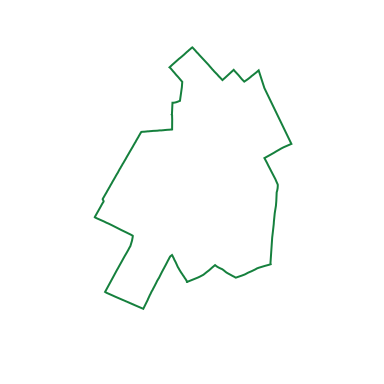 outline of Izvoare, Dolj, Romania, rotated 137°
{"feature_id": "2599482B17685193443553", "entity_name": "Izvoare", "entity_type": "district", "adm_level": 2, "iso_a3": "ROU", "parent_name": "Romania", "parent_adm1": "Dolj", "projection": "natural_earth1", "projection_center": [23.323, 44.156], "detail": "fine", "context": "isolated", "style": "outline", "palette": "green", "viewbox_px": 384, "rotation_deg": 137, "n_neighbors": 0, "source": "geoboundaries", "source_scale": "gbopen_adm2", "svg_char_len": 5791}
<svg xmlns="http://www.w3.org/2000/svg" viewBox="0 0 384 384"><g transform="rotate(137 192 192)"><path d="M262.5,246.7L262.8,245.8L262.9,245.6L263.2,245.3L263.5,245.2L265.5,244.7L266.7,244.3L269.4,243.4L278.5,240.5L280.1,240.0L280.3,239.9L280.2,239.3L279.4,237.3L278.5,235.2L277.6,233.1L276.4,230.3L275.5,227.8L274.7,226.1L273.2,222.2L270.9,215.9L269.6,212.3L267.8,207.7L265.9,202.7L265.2,200.6L265.2,200.3L265.3,200.2L266.5,199.2L269.1,197.3L274.1,194.4L275.6,194.0L278.1,193.1L281.6,192.0L285.0,191.0L288.1,190.0L290.5,189.2L295.8,187.5L297.9,186.8L300.2,186.1L307.0,183.8L323.7,178.2L323.3,176.7L320.7,170.6L319.5,167.7L316.3,160.4L310.6,147.3L307.3,139.8L297.7,143.4L297.4,143.6L297.0,143.8L296.6,143.9L295.7,144.3L295.2,144.5L294.4,144.8L293.1,145.4L292.6,145.5L291.8,145.8L291.4,146.0L290.5,146.3L290.2,146.5L289.8,146.6L289.0,146.9L288.6,147.0L287.8,147.2L286.3,147.8L285.9,147.9L285.6,148.0L285.2,148.2L284.4,148.4L284.0,148.6L283.3,148.8L283.0,148.9L282.3,149.2L281.9,149.3L281.2,149.6L280.9,149.7L280.5,149.8L279.8,150.1L279.5,150.2L278.8,150.5L277.7,150.9L277.3,151.0L276.9,151.1L276.6,151.2L276.3,151.3L275.9,151.4L275.6,151.5L275.3,151.6L275.0,151.6L271.0,153.1L268.6,154.0L268.0,154.2L267.4,154.4L266.8,154.6L266.3,154.8L265.7,155.0L265.0,155.2L264.4,155.4L263.3,155.8L262.1,156.2L261.5,156.4L260.9,156.6L260.4,156.8L259.8,157.0L259.2,157.2L258.1,157.6L256.5,158.2L255.9,158.4L254.9,158.7L254.4,158.9L253.9,159.1L252.3,159.6L252.0,159.7L251.9,159.7L251.7,159.7L251.1,159.7L250.8,159.6L250.6,159.6L250.2,159.6L249.8,159.5L249.6,159.5L249.7,158.8L250.1,157.7L250.4,156.5L251.2,154.2L251.5,153.0L251.8,151.9L252.2,150.7L252.9,148.6L253.3,147.5L253.6,146.5L253.8,145.4L254.3,143.4L254.5,142.4L254.7,141.4L254.9,140.4L255.1,138.8L255.3,137.8L255.4,137.3L255.5,136.7L255.5,136.2L255.6,135.7L255.8,134.7L255.9,134.2L256.0,133.7L256.0,133.2L256.1,132.7L256.2,132.2L256.3,131.7L256.4,131.2L256.4,130.9L256.6,130.3L256.7,130.1L257.0,129.9L257.1,129.7L256.8,129.4L256.5,129.4L255.9,129.2L250.2,127.0L246.0,125.4L243.8,124.7L240.1,123.7L235.8,123.4L233.0,123.1L228.5,123.0L225.0,122.8L224.7,120.9L224.4,119.7L223.8,117.9L223.5,117.2L223.2,116.4L222.7,115.4L222.4,114.2L222.2,113.2L222.1,112.1L222.0,111.6L221.9,110.7L221.7,109.5L221.4,108.6L221.2,107.9L220.1,104.6L219.6,103.0L219.0,101.4L218.7,100.5L218.6,100.0L218.5,99.7L218.4,99.5L214.6,97.8L212.6,96.9L211.6,96.5L210.9,96.2L209.6,95.7L209.0,95.5L207.4,95.1L205.9,94.7L202.3,93.4L198.4,92.2L196.6,91.8L194.9,91.1L189.0,88.2L185.6,86.4L183.7,85.5L183.1,86.5L164.3,104.1L160.4,107.4L157.0,110.3L154.1,112.8L152.3,114.5L145.8,120.2L140.0,124.7L136.5,127.9L130.3,134.0L128.5,135.1L128.1,135.4L127.6,135.8L126.9,136.3L125.7,137.4L125.4,137.7L124.6,138.5L124.2,139.0L123.0,142.5L122.3,144.4L119.7,153.8L119.2,155.5L118.1,159.5L117.3,162.1L115.9,167.4L113.9,166.9L112.7,166.6L109.5,165.8L104.9,164.7L102.8,164.3L99.5,163.5L97.2,163.0L94.4,162.2L91.3,161.1L86.5,159.4L68.2,218.6L60.3,235.5L63.0,235.6L64.6,235.7L65.5,235.8L67.0,235.9L68.2,236.0L69.7,236.2L70.4,236.1L71.2,236.2L72.8,236.3L74.7,236.5L78.5,237.1L78.6,240.6L78.3,245.7L78.3,247.5L78.3,249.1L78.3,251.6L78.2,252.9L89.8,253.0L93.4,253.1L93.4,254.5L93.4,256.8L93.5,257.1L93.4,257.5L93.5,258.1L93.4,259.1L93.5,259.4L93.5,259.6L93.4,259.8L93.4,260.3L93.4,260.8L93.4,261.1L93.4,261.7L93.4,261.9L93.5,262.5L93.4,263.1L93.5,263.9L93.5,264.0L93.5,264.4L93.5,264.6L93.5,265.0L93.5,265.3L93.5,265.6L93.4,266.8L93.5,267.6L93.4,268.6L93.4,269.3L93.4,269.6L93.3,270.1L93.4,270.6L93.3,271.4L93.3,272.4L93.2,273.3L93.2,275.3L93.2,276.4L93.2,277.6L93.2,279.2L93.2,280.7L93.2,281.9L93.2,282.9L93.2,285.1L93.2,285.8L93.2,287.8L93.1,289.1L93.2,290.0L93.2,291.6L93.1,293.2L93.1,294.4L93.1,296.3L93.1,297.5L93.8,297.7L94.4,297.7L95.7,297.7L97.0,297.8L98.8,297.8L100.1,297.9L100.8,297.9L101.4,297.9L102.0,297.9L104.4,297.9L106.4,298.0L107.0,298.0L108.3,298.1L108.8,298.1L110.8,298.3L111.8,298.3L119.7,298.5L121.6,298.5L123.2,298.5L123.4,298.5L123.3,297.9L123.3,296.8L123.4,294.4L123.5,293.2L123.5,291.6L123.7,288.6L123.7,285.6L123.8,283.5L124.0,279.5L124.0,279.2L127.9,275.6L132.7,271.7L137.4,267.9L138.6,266.9L139.0,267.1L139.9,267.4L140.6,267.7L141.0,267.8L141.3,268.0L141.6,268.1L142.0,268.3L142.3,268.4L142.7,268.6L142.9,268.8L143.2,268.9L143.8,269.3L144.4,269.7L144.7,269.9L144.8,270.1L145.2,270.4L145.4,270.6L153.9,262.3L154.1,262.3L154.1,261.9L154.3,261.6L154.8,261.1L156.2,259.5L156.8,258.8L163.9,251.3L164.5,251.7L165.0,252.2L165.7,252.7L166.9,253.7L167.5,254.2L168.1,254.7L168.8,255.2L169.4,255.7L170.1,256.2L170.8,256.7L171.4,257.2L172.1,257.7L172.7,258.2L173.3,258.8L173.9,259.3L174.6,259.8L175.2,260.2L175.8,260.7L176.4,261.2L177.1,261.8L178.4,262.9L179.1,263.5L179.8,264.0L180.6,264.6L181.3,265.2L181.9,265.6L182.5,266.1L183.0,266.5L183.4,266.9L183.9,267.2L184.3,267.5L184.7,267.8L185.2,268.2L185.6,268.5L186.0,268.8L186.4,269.2L186.9,269.6L187.3,269.9L187.8,270.3L188.1,270.5L188.3,270.4L188.5,270.3L189.4,270.2L191.3,269.6L193.0,269.1L193.7,268.8L195.2,268.4L196.8,267.9L197.6,267.7L198.4,267.4L199.2,267.1L200.8,266.7L201.6,266.4L202.4,266.2L204.8,265.4L205.6,265.2L206.5,264.9L207.3,264.7L208.2,264.4L208.9,264.2L209.7,264.0L210.5,263.7L211.3,263.5L212.1,263.2L212.9,263.0L213.8,262.7L214.6,262.5L215.4,262.2L216.2,262.0L217.1,261.7L217.9,261.4L218.7,261.2L219.6,260.9L220.4,260.7L221.3,260.4L223.0,259.9L223.9,259.7L224.7,259.4L225.6,259.1L226.5,258.9L228.2,258.3L229.1,258.1L230.0,257.8L230.9,257.5L232.6,256.9L233.5,256.6L234.4,256.4L235.4,256.1L236.7,255.7L237.9,255.3L239.2,254.9L240.5,254.5L243.2,253.7L244.6,253.2L246.0,252.8L247.3,252.4L248.7,251.9L250.2,251.5L251.6,251.0L253.1,250.6L254.5,250.1L257.2,249.3L258.8,248.8L260.4,248.3L261.5,248.0L262.0,247.8L262.2,247.7L262.3,247.6L262.4,247.1L262.5,246.9L262.5,246.7Z" fill="none" stroke="#15803d" stroke-width="2"/></g></svg>